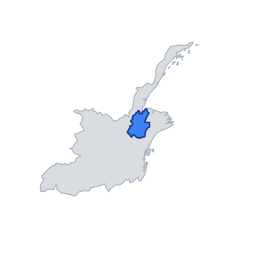 Bago on a map of Myanmar (orthographic projection), rotated 229°
{"feature_id": "MMR-3268", "entity_name": "Bago", "entity_type": "Division", "adm_level": 1, "iso_a3": "MMR", "parent_name": "Myanmar", "parent_adm1": "", "projection": "orthographic", "projection_center": [96.396, 18.188], "detail": "fine", "context": "in_parent", "style": "filled", "palette": "blue", "viewbox_px": 256, "rotation_deg": 229, "n_neighbors": 0, "source": "natural_earth", "source_scale": "10m", "svg_char_len": 7316}
<svg xmlns="http://www.w3.org/2000/svg" viewBox="0 0 256 256"><g transform="rotate(229 128 128)"><path d="M165.6,114.5L163.1,113.3L161.2,114.5L158.4,114.1L158.7,116.6L157.1,117.4L154.3,117.2L152.6,121.0L146.7,122.1L142.8,121.4L140.7,124.8L140.6,128.6L139.5,130.9L140.0,134.9L137.5,135.9L135.9,135.7L136.8,137.5L138.8,138.3L140.0,142.4L139.6,144.0L147.8,153.5L150.3,160.9L152.2,159.9L152.8,160.6L152.1,162.6L149.6,164.1L149.3,172.0L145.2,174.0L145.4,176.6L145.9,178.5L149.5,183.7L153.7,187.2L156.0,191.0L156.5,196.6L155.9,198.9L157.0,202.3L159.2,204.4L161.6,213.2L156.9,221.1L152.0,226.2L151.4,231.7L149.9,233.5L149.1,231.8L148.7,226.1L151.1,222.5L151.8,215.6L153.3,214.1L152.5,213.4L150.6,213.9L151.2,208.3L150.1,208.1L151.0,206.9L149.7,197.5L146.0,191.0L145.4,188.1L144.9,192.0L144.5,191.2L144.3,186.0L142.1,180.4L142.3,179.9L143.3,180.4L142.4,179.1L141.7,179.4L141.0,178.0L139.8,166.3L138.4,164.6L138.9,159.5L139.9,158.2L136.0,158.8L134.2,154.5L134.1,152.2L130.2,148.7L130.9,149.8L130.2,150.9L130.8,152.9L129.3,156.6L127.7,158.3L125.6,159.0L123.9,158.0L123.5,156.0L122.9,156.0L124.4,159.7L118.1,162.9L117.2,165.1L114.0,168.0L113.0,167.7L113.5,163.7L111.6,166.8L109.0,166.9L108.5,162.7L107.4,165.1L105.9,165.9L106.4,158.9L106.0,160.9L103.4,163.7L101.0,164.5L101.6,158.8L104.9,149.6L105.2,146.6L103.6,139.3L100.8,133.1L101.6,133.0L99.7,131.2L99.5,126.7L98.3,128.3L98.2,131.1L95.7,129.6L93.5,125.6L94.4,125.3L97.1,127.2L98.6,126.2L99.0,124.9L94.9,120.9L95.9,119.4L94.6,119.4L91.0,117.5L90.0,117.8L90.4,119.5L89.6,119.9L88.3,117.4L89.3,116.2L88.5,116.1L89.1,113.9L88.7,113.6L87.0,116.5L86.0,115.8L87.2,114.3L86.7,113.4L85.2,111.7L85.3,114.8L81.7,109.8L79.7,103.1L81.4,101.5L84.3,103.5L84.2,95.3L85.5,93.6L88.4,95.1L89.3,93.0L90.4,92.5L89.8,86.9L90.8,83.3L92.8,82.7L93.3,79.8L93.6,75.8L92.8,71.4L94.5,72.5L96.5,72.1L101.2,73.7L103.0,68.6L107.5,60.3L105.9,58.3L106.2,57.1L110.1,52.8L112.0,48.9L111.2,45.4L112.1,42.5L115.5,40.7L123.1,35.0L128.6,34.2L130.9,36.4L132.4,36.6L130.1,31.3L134.8,27.2L134.6,24.0L136.8,20.7L138.0,20.8L139.2,22.4L140.4,22.4L142.6,24.8L144.7,31.6L146.3,30.3L148.3,31.3L149.4,41.3L148.9,47.1L147.7,48.5L148.7,50.8L146.7,51.7L145.4,54.1L143.4,54.3L142.1,57.5L140.1,57.9L139.0,60.5L139.3,62.3L137.7,63.4L137.1,66.7L138.6,68.0L139.0,69.7L137.5,73.4L138.8,73.5L144.4,71.0L148.3,71.5L150.9,70.8L149.3,73.3L151.0,76.6L151.4,81.5L157.3,82.9L158.3,84.1L157.0,85.7L155.2,93.8L162.9,94.8L163.3,97.9L164.9,99.0L165.2,100.7L166.3,101.2L170.5,101.0L172.9,98.9L176.0,97.9L176.3,99.6L175.6,101.0L172.1,102.8L169.9,106.6L169.7,107.4L170.8,108.1L166.9,109.7L165.6,114.5ZM95.9,123.5L98.4,125.0L97.9,126.1L96.4,126.2L95.2,124.2L95.9,123.5ZM146.8,203.1L148.5,205.4L146.9,207.1L146.8,203.1ZM95.5,133.6L94.2,132.7L93.3,131.4L96.1,131.5L95.5,133.6ZM149.3,213.1L149.4,216.2L148.3,215.9L147.6,213.3L149.3,213.1ZM104.8,164.5L103.1,166.5L102.8,164.8L105.2,162.4L104.8,164.5ZM138.3,161.9L137.2,161.3L137.1,159.5L137.9,159.0L138.5,159.9L138.3,161.9ZM145.9,216.9L145.6,215.9L146.7,213.4L146.6,215.6L145.9,216.9ZM145.3,222.7L146.7,224.9L146.5,225.4L145.2,223.6L144.3,223.7L145.3,222.7ZM150.2,211.4L148.7,212.1L148.6,209.9L150.2,211.4ZM146.8,233.3L144.8,235.3L145.1,234.2L146.8,233.3ZM87.8,117.7L88.5,120.2L87.4,117.2L87.8,117.7ZM146.8,198.3L146.8,200.2L146.2,197.1L146.8,198.3ZM93.6,119.6L93.8,121.2L92.7,118.9L93.6,119.6ZM144.9,209.2L143.7,208.3L144.1,207.6L144.7,207.7L144.9,209.2ZM144.1,206.5L143.3,207.7L142.6,207.0L143.2,206.4L144.1,206.5ZM144.3,214.0L144.3,215.1L143.5,212.6L144.3,214.0ZM107.5,166.9L106.7,166.8L107.7,165.6L107.8,166.0L107.5,166.9ZM149.6,222.8L148.8,222.6L149.4,221.4L149.6,222.8Z" fill="#d9dde1" stroke="#a8b0b8" stroke-width="1"/><path d="M130.6,148.0L130.4,148.2L130.3,148.6L130.3,148.8L130.2,148.7L129.9,148.7L130.0,148.8L130.2,149.1L130.6,149.4L130.9,149.6L130.9,150.0L130.6,150.3L130.4,150.5L130.2,150.8L130.3,151.3L130.7,152.1L130.9,152.5L130.9,153.0L130.6,153.5L130.5,154.1L130.4,154.1L130.0,154.0L130.2,154.3L130.3,154.4L130.1,154.4L129.9,154.4L129.7,154.4L129.9,154.5L130.0,154.6L129.8,154.5L129.4,154.2L129.0,153.7L128.9,153.7L128.7,153.6L128.1,153.5L127.1,153.4L125.7,153.5L125.2,153.4L125.1,153.1L125.2,152.6L125.1,152.0L125.0,151.7L124.7,151.4L124.6,151.2L124.4,150.9L124.0,149.2L122.0,145.5L121.6,144.7L121.4,144.5L121.1,144.6L120.8,145.0L120.7,145.2L120.6,145.3L120.4,145.5L119.7,145.8L119.6,146.0L119.3,146.5L119.1,146.7L118.8,147.0L118.5,147.1L118.3,147.4L118.0,147.9L117.4,147.0L117.2,146.7L116.9,146.6L116.2,146.3L116.0,146.2L115.9,146.1L115.7,146.0L115.5,145.9L115.3,145.8L115.2,145.7L115.0,145.3L114.8,144.9L114.7,144.4L114.8,144.1L115.1,143.8L115.1,143.6L115.1,143.1L115.2,142.8L115.2,142.7L115.0,142.4L114.7,142.2L114.8,141.7L114.8,141.3L114.4,140.1L114.3,139.9L114.3,139.7L114.2,139.5L114.2,139.4L114.1,139.2L113.8,138.8L113.7,138.8L113.3,138.2L113.0,138.0L112.9,137.9L112.7,137.6L112.0,136.7L111.8,136.5L111.6,136.3L111.5,136.2L110.8,135.6L110.6,135.4L110.6,135.2L110.7,134.7L110.7,134.2L110.9,133.8L111.0,133.7L111.5,133.5L111.7,133.4L111.9,133.1L112.1,132.8L112.2,132.4L112.1,131.9L112.0,131.7L111.9,131.6L111.9,131.4L112.0,131.3L112.2,131.0L112.8,130.7L113.0,130.4L113.1,130.2L113.1,129.7L113.3,129.5L114.1,129.3L114.6,128.6L115.0,128.4L115.6,128.3L115.9,128.2L116.5,128.2L118.0,128.0L118.3,128.0L118.5,128.1L118.8,128.3L118.9,128.2L119.0,128.1L119.0,127.8L119.0,127.7L119.2,127.4L119.3,126.9L119.3,126.6L119.3,126.4L119.2,126.3L119.2,126.2L118.9,125.8L118.9,125.7L118.8,125.1L118.7,124.9L119.0,124.8L119.2,125.0L119.3,125.0L119.6,125.0L119.7,124.9L119.8,124.8L119.8,124.7L120.1,124.6L120.3,124.6L120.5,124.6L120.8,124.7L120.8,124.8L121.0,124.9L121.6,125.0L121.8,125.2L121.9,125.3L122.0,125.3L122.3,125.3L122.4,125.1L122.6,125.0L122.7,124.9L122.7,124.7L122.8,124.7L123.0,124.6L123.6,124.6L123.8,124.7L124.0,124.7L124.5,124.7L125.2,124.7L125.4,124.9L125.4,125.0L125.5,125.1L125.5,125.3L125.4,125.4L125.5,125.5L125.6,125.8L125.8,125.9L125.9,126.0L125.9,126.4L125.9,126.6L126.0,126.7L126.0,126.8L126.2,127.1L126.3,127.3L126.4,127.5L126.5,127.8L126.6,128.0L126.5,128.4L126.4,128.5L126.5,128.7L126.5,128.8L126.5,129.0L126.9,129.5L127.3,130.0L127.6,130.2L128.0,130.5L128.1,130.8L128.3,131.0L127.9,131.5L127.7,131.6L127.6,131.8L127.6,132.0L127.9,132.4L127.9,132.5L127.6,132.9L127.6,133.1L127.9,133.6L128.0,134.0L128.3,134.4L128.3,134.5L128.5,134.7L128.8,134.5L129.0,134.5L129.3,134.7L129.6,134.7L129.8,134.8L130.0,134.7L130.5,134.4L131.0,134.3L131.3,134.4L131.3,134.5L131.5,134.7L131.6,134.8L131.6,135.0L131.7,135.5L131.6,136.1L131.6,136.3L131.6,136.5L131.5,136.8L131.7,137.2L131.8,137.3L132.0,137.5L132.3,137.6L132.5,137.8L132.5,138.0L132.6,138.3L132.8,138.4L132.9,138.2L133.0,138.1L133.3,138.5L133.4,139.0L133.4,139.3L133.5,139.5L134.0,139.8L134.1,140.0L134.0,140.3L133.9,140.5L133.9,140.9L133.9,141.0L133.7,141.3L133.6,141.6L133.4,141.8L133.3,142.0L133.8,143.2L133.8,143.3L133.8,143.5L134.0,143.7L134.1,143.8L134.1,144.2L134.0,144.4L134.0,144.5L133.8,144.7L133.8,144.9L133.9,145.2L134.2,146.1L134.2,146.5L134.2,146.8L134.4,147.0L134.2,147.2L134.0,147.4L133.4,147.7L133.2,147.7L133.1,147.4L133.0,147.2L132.9,147.1L132.8,146.9L132.7,146.9L132.3,146.8L132.3,146.7L132.2,146.7L132.0,146.4L131.9,146.3L131.7,146.3L131.5,146.2L131.4,146.2L131.2,146.3L131.1,146.2L130.9,146.2L130.7,146.3L130.6,146.7L130.6,148.0L130.6,148.0Z" fill="#3b82f6" stroke="#1e3a8a" stroke-width="1.5"/></g></svg>